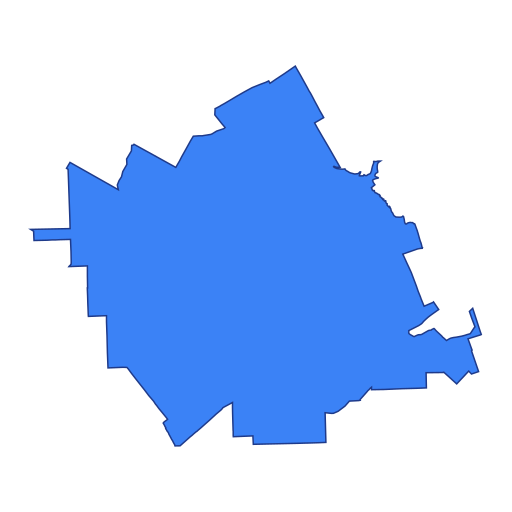 outline of Stanesti, Giurgiu, Romania
{"feature_id": "2599482B52121049044399", "entity_name": "Stanesti", "entity_type": "district", "adm_level": 2, "iso_a3": "ROU", "parent_name": "Romania", "parent_adm1": "Giurgiu", "projection": "orthographic", "projection_center": [25.879, 43.949], "detail": "fine", "context": "isolated", "style": "filled", "palette": "blue", "viewbox_px": 512, "rotation_deg": 0, "n_neighbors": 0, "source": "geoboundaries", "source_scale": "gbopen_adm2", "svg_char_len": 5975}
<svg xmlns="http://www.w3.org/2000/svg" viewBox="0 0 512 512"><path d="M325.9,442.4L325.1,412.7L331.6,413.4L333.5,413.3L338.1,411.3L345.0,406.1L349.4,401.1L358.6,400.6L360.2,400.3L360.1,400.1L360.1,399.8L360.1,399.6L360.3,399.3L366.7,392.1L368.1,390.4L368.7,390.0L370.4,388.1L371.5,387.2L371.5,389.7L382.3,389.5L383.4,389.5L401.9,388.7L416.3,388.3L426.4,387.9L426.1,372.7L443.4,372.5L443.5,372.4L443.8,372.2L456.7,383.9L468.7,371.1L471.5,374.0L478.6,371.6L471.6,351.1L471.6,350.4L472.1,350.1L471.4,348.3L468.0,338.8L480.8,334.8L481.3,334.5L480.2,331.4L472.7,308.3L469.4,311.4L471.5,317.6L475.0,326.9L474.6,327.2L474.0,328.0L470.6,333.2L470.0,333.8L468.5,334.2L466.7,334.7L465.3,335.2L461.5,336.2L456.1,337.2L453.6,337.5L450.9,338.1L449.5,338.7L446.5,340.5L443.3,337.6L442.5,337.1L442.4,336.8L442.1,336.4L440.8,335.1L437.0,331.6L435.6,330.2L434.6,329.0L434.0,328.5L433.9,328.5L431.8,329.5L431.1,330.1L428.9,330.4L428.0,330.8L426.8,331.5L425.7,332.1L421.7,334.4L420.4,334.7L419.1,334.7L418.2,334.8L416.7,335.4L414.2,336.6L413.4,336.4L412.6,335.9L410.1,334.5L409.1,333.7L408.7,333.0L408.7,332.8L408.9,331.9L408.7,331.0L408.8,330.6L418.7,325.6L421.3,323.9L421.9,323.4L423.8,321.2L425.8,319.3L427.9,317.4L429.4,316.2L432.1,314.2L438.7,309.5L433.5,301.9L433.2,302.2L432.8,302.5L424.1,306.2L421.0,298.6L420.4,296.8L418.2,291.4L416.4,286.1L411.3,272.6L409.2,268.0L406.8,262.9L402.8,254.1L413.4,250.4L417.7,248.9L420.5,248.4L422.2,248.3L422.2,248.1L422.5,247.7L422.3,247.5L421.7,246.2L421.7,245.5L420.8,242.4L420.3,241.3L419.5,238.6L417.9,232.8L417.6,232.1L417.4,231.1L416.0,227.3L414.9,224.2L414.7,223.9L414.5,223.7L414.0,223.7L413.7,223.7L412.9,222.8L412.7,222.6L411.4,222.6L410.6,222.4L409.5,222.5L408.0,222.9L407.2,223.3L406.8,223.8L406.1,224.0L405.7,223.9L405.4,223.8L405.1,223.3L404.6,222.1L404.2,219.2L403.9,218.1L403.6,216.7L403.3,216.3L402.9,216.1L402.7,216.4L401.8,216.9L401.1,217.1L399.5,217.2L397.4,217.1L396.1,217.0L395.9,217.0L394.0,215.7L393.5,214.9L392.7,213.1L391.9,212.1L391.6,211.7L391.1,210.4L390.8,208.9L390.1,207.6L389.8,206.7L389.5,206.4L389.3,206.3L389.1,206.5L389.1,207.1L387.2,205.3L387.1,205.0L387.2,204.4L387.2,203.8L386.9,203.6L386.3,203.2L386.0,202.8L385.8,201.2L385.7,200.8L385.4,200.7L384.8,201.1L384.7,201.0L384.3,200.8L384.0,200.5L383.9,200.1L383.9,199.6L383.7,199.1L383.4,199.0L383.2,199.1L382.8,199.5L382.7,199.4L382.6,198.7L382.1,198.5L381.9,198.3L381.8,198.2L381.9,197.9L380.5,196.9L380.2,196.8L380.1,196.2L379.6,195.8L379.7,195.7L379.9,195.5L380.0,195.4L379.3,194.6L379.1,194.5L378.1,194.2L377.6,193.8L377.1,193.6L376.9,193.3L376.5,193.2L376.3,193.0L375.1,192.7L374.8,192.0L374.5,191.6L374.4,191.4L374.4,190.8L374.3,190.6L374.0,190.5L373.5,190.8L373.1,190.7L372.8,190.5L372.6,190.0L372.1,189.8L372.0,188.9L371.8,188.6L371.6,188.4L371.6,188.0L371.4,187.7L373.8,185.7L374.9,184.8L373.4,182.6L373.0,181.7L372.7,180.8L372.6,180.5L372.7,180.2L373.1,179.8L374.2,179.2L376.0,178.6L378.1,178.1L378.3,177.9L378.2,177.7L377.9,177.5L376.7,177.1L375.4,176.5L375.0,176.0L374.9,175.5L375.1,174.6L375.6,173.7L376.2,173.1L377.6,172.4L377.7,172.2L377.7,171.4L377.3,169.3L377.2,167.9L377.2,166.5L377.3,165.6L377.4,164.7L377.5,164.0L377.9,163.2L378.3,162.6L378.9,162.1L380.4,161.1L377.7,161.1L376.8,161.4L374.9,161.6L374.0,161.3L373.7,161.4L373.6,161.6L373.7,162.9L373.5,163.5L372.6,165.8L371.9,168.6L371.4,171.1L370.4,173.4L369.7,173.9L368.1,174.5L367.3,175.1L366.7,175.5L366.3,175.6L365.4,175.5L365.1,175.4L364.2,174.8L364.0,174.7L363.8,174.9L363.7,175.6L363.5,175.8L360.6,175.9L359.4,175.8L359.4,175.7L359.3,175.4L359.5,174.9L360.6,172.3L360.6,172.1L360.6,171.9L360.4,171.9L360.1,171.9L359.7,172.0L358.9,173.0L358.5,173.4L358.0,173.6L355.8,173.9L354.7,174.0L350.8,173.0L350.1,172.8L349.0,172.2L348.6,172.0L348.1,171.6L347.0,171.0L346.0,170.4L345.5,169.9L344.9,168.9L344.6,169.0L342.1,169.2L337.7,168.7L336.7,168.5L335.8,168.1L334.7,167.6L333.7,166.9L333.6,166.7L334.0,166.3L335.2,166.8L336.3,167.2L336.8,167.3L340.1,167.3L329.5,148.7L322.5,136.8L317.4,128.0L314.6,122.9L323.7,117.6L322.5,115.4L319.8,110.7L317.4,106.1L315.1,101.9L312.4,96.7L310.4,93.0L309.1,91.0L307.2,87.4L300.9,76.0L296.3,68.0L295.3,66.1L283.4,74.3L276.7,78.7L270.0,83.3L268.7,80.9L265.8,82.3L259.9,84.5L252.2,87.6L247.4,90.2L244.3,91.9L237.1,96.0L224.5,103.5L220.7,105.6L220.2,106.0L215.9,108.3L215.1,108.6L214.8,114.8L214.9,115.0L222.1,124.0L225.1,127.5L224.3,128.3L223.4,128.8L216.6,131.1L212.0,133.9L210.8,134.4L205.9,135.2L203.8,135.5L202.3,135.8L199.0,135.8L193.3,136.2L190.5,140.9L186.8,147.6L181.6,156.9L179.5,161.0L175.8,167.4L134.0,144.3L133.7,144.8L133.1,145.1L131.7,145.4L131.4,150.9L126.6,159.0L126.9,164.4L122.8,171.5L121.5,176.8L119.1,180.5L117.3,185.0L118.3,189.7L70.0,162.4L66.5,168.3L68.1,169.3L69.9,220.0L70.1,228.6L30.7,229.4L33.6,231.2L34.0,240.5L47.2,240.2L52.4,239.9L55.7,239.9L59.4,239.7L70.5,239.4L71.0,251.4L71.2,261.1L71.2,262.6L71.1,264.0L70.9,264.4L70.0,265.5L69.1,266.3L68.9,266.6L79.4,266.2L87.4,265.9L87.4,276.3L87.6,287.9L87.3,287.9L87.3,288.3L87.6,295.8L87.8,302.8L88.2,313.2L88.3,315.6L88.4,316.4L102.9,315.8L106.5,315.7L106.5,321.9L107.0,335.6L107.4,352.4L108.0,367.9L122.7,367.3L126.6,367.4L126.9,367.4L127.1,367.6L128.3,369.0L131.9,373.9L136.8,380.2L144.4,389.8L148.7,395.5L153.6,401.2L155.6,404.3L156.5,405.3L159.0,408.7L162.0,412.3L167.6,419.2L166.4,420.3L164.4,421.7L163.5,422.6L163.2,423.1L164.2,424.8L165.0,426.5L165.8,427.9L165.7,428.0L165.6,428.3L165.9,429.0L166.4,429.7L167.1,431.1L168.0,432.2L168.3,432.6L169.0,434.4L169.9,436.0L170.8,437.7L171.5,439.1L172.7,441.0L173.4,442.5L174.6,444.6L174.8,445.2L175.0,445.9L180.1,445.8L190.2,436.8L192.1,435.3L193.6,433.9L196.1,431.8L196.5,431.6L197.3,431.0L197.9,430.4L200.6,428.1L209.5,420.2L216.0,414.2L221.0,410.0L222.2,408.7L222.9,407.7L224.3,406.9L227.1,405.4L232.5,402.5L232.5,404.7L232.5,407.3L232.6,413.3L233.1,430.6L233.2,430.9L233.2,435.4L233.3,436.7L252.9,435.9L253.3,444.3L297.9,443.3L304.5,443.1L309.2,443.0L318.9,442.7L325.9,442.4Z" fill="#3b82f6" stroke="#1e3a8a" stroke-width="1.5"/></svg>